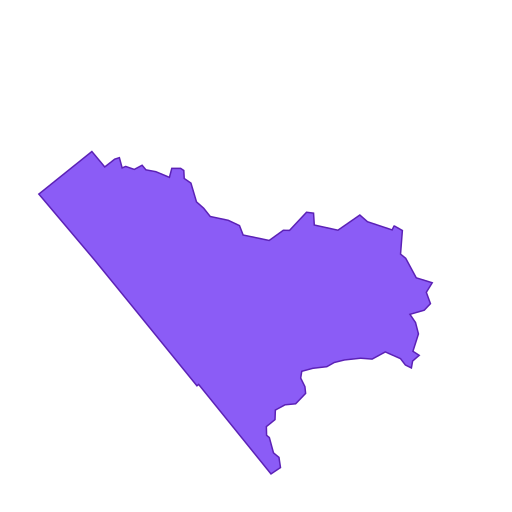 outline of Wasatch, Utah, United States of America, rotated 141°
{"feature_id": "52423323B18830256049393", "entity_name": "Wasatch", "entity_type": "district", "adm_level": 2, "iso_a3": "USA", "parent_name": "United States of America", "parent_adm1": "Utah", "projection": "equal_earth", "projection_center": [-111.263, 40.295], "detail": "fine", "context": "isolated", "style": "filled", "palette": "violet", "viewbox_px": 512, "rotation_deg": 141, "n_neighbors": 0, "source": "geoboundaries", "source_scale": "gbopen_adm2", "svg_char_len": 1108}
<svg xmlns="http://www.w3.org/2000/svg" viewBox="0 0 512 512"><g transform="rotate(141 256 256)"><path d="M150.4,109.2L146.5,120.6L135.9,124.3L145.2,138.2L141.1,160.0L142.5,166.5L126.2,183.7L129.5,192.1L129.9,192.4L133.8,190.6L147.8,212.5L149.5,222.5L176.1,224.5L191.2,243.4L184.3,253.1L189.2,258.2L213.8,254.8L218.6,258.8L236.0,259.8L252.8,280.4L249.7,290.0L255.1,301.2L266.7,315.5L266.6,326.1L268.2,335.5L260.7,353.6L263.0,361.4L258.3,367.9L259.4,371.5L266.3,377.1L273.8,371.6L280.8,384.6L287.3,392.2L287.4,398.2L296.1,399.9L300.9,407.6L304.6,408.7L300.3,418.4L304.9,420.2L317.5,420.4L317.8,440.5L385.8,440.8L384.0,355.2L383.8,300.9L383.6,192.3L381.4,192.3L381.5,77.2L370.1,76.2L364.9,85.0L366.3,92.0L359.9,106.5L360.6,110.0L355.3,116.9L344.2,116.9L337.9,124.1L327.1,122.1L318.2,116.2L303.9,118.0L300.2,123.7L298.1,133.0L293.0,137.6L282.4,132.9L270.6,125.4L262.2,124.0L252.6,119.5L239.1,110.8L230.6,102.8L215.9,100.1L208.3,85.3L208.5,77.3L205.7,71.2L200.4,75.8L191.7,76.1L194.0,83.2L178.8,93.2L173.9,103.9L173.1,113.8L159.3,108.0L150.4,109.2Z" fill="#8b5cf6" stroke="#5b21b6" stroke-width="1.5"/></g></svg>